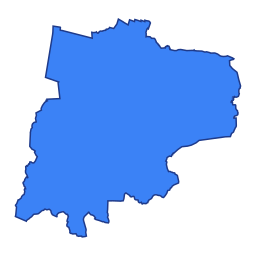 the district of Coeneo, Michoacán, Mexico
{"feature_id": "50627088B32739795926391", "entity_name": "Coeneo", "entity_type": "district", "adm_level": 2, "iso_a3": "MEX", "parent_name": "Mexico", "parent_adm1": "Michoacán", "projection": "albers", "projection_center": [-101.63, 19.787], "detail": "fine", "context": "isolated", "style": "filled", "palette": "blue", "viewbox_px": 256, "rotation_deg": 0, "n_neighbors": 0, "source": "geoboundaries", "source_scale": "gbopen_adm2", "svg_char_len": 5736}
<svg xmlns="http://www.w3.org/2000/svg" viewBox="0 0 256 256"><path d="M86.4,236.1L85.7,232.3L86.1,230.0L86.0,229.1L83.6,220.8L83.4,219.2L83.7,218.0L84.4,216.5L88.1,212.9L88.5,212.2L88.7,211.6L88.7,212.0L89.1,212.4L89.2,213.0L90.8,214.7L91.3,214.9L91.8,214.8L93.7,215.7L95.4,217.9L94.7,218.8L95.8,219.5L99.3,220.5L102.8,221.8L103.5,221.6L105.1,222.5L105.3,222.4L105.9,222.6L108.4,222.9L108.8,222.1L108.9,220.9L108.4,219.3L107.5,217.1L108.1,215.6L107.8,213.4L107.3,212.6L107.6,209.5L107.9,200.9L112.8,200.8L120.9,201.1L121.7,200.9L123.2,200.8L123.9,198.7L124.5,194.3L124.7,194.0L125.5,193.1L126.0,193.0L129.5,195.3L129.9,195.6L130.1,196.4L130.5,196.7L131.4,196.9L132.9,196.4L133.8,196.4L134.2,196.9L134.7,198.9L135.0,199.4L135.7,199.8L138.0,200.0L138.2,200.3L138.3,201.7L138.7,202.2L139.2,202.6L139.7,202.8L140.4,202.7L141.3,202.2L141.6,202.6L142.0,203.9L142.3,204.0L143.7,203.3L144.8,203.6L145.5,203.5L145.9,203.7L147.2,202.8L147.8,202.6L148.1,201.1L148.6,200.9L148.8,200.1L151.2,198.7L151.7,198.2L152.6,196.5L153.2,195.8L154.1,195.1L155.0,194.8L156.4,194.8L158.3,195.4L159.8,195.5L161.0,196.1L162.0,197.1L162.8,197.4L163.6,197.5L165.3,195.5L166.8,193.2L167.7,190.5L169.6,190.1L170.5,188.0L171.4,187.7L172.2,186.2L174.0,184.9L178.5,183.0L178.7,181.5L177.4,175.6L177.1,175.2L176.1,174.6L175.2,174.3L174.8,173.1L174.3,172.8L173.1,172.8L172.4,172.3L171.3,172.1L170.0,171.4L169.4,171.4L168.7,171.6L168.4,171.2L167.3,168.6L166.4,164.6L166.5,163.4L166.8,162.6L166.7,161.7L166.3,161.3L165.8,161.1L166.7,159.2L167.1,157.5L169.4,156.1L171.4,156.4L172.0,154.6L172.6,154.7L172.8,153.7L173.5,153.5L173.3,153.1L174.6,152.5L177.9,149.5L181.9,146.7L187.6,146.1L191.4,145.1L196.1,142.8L199.1,140.4L225.4,136.8L230.4,136.6L231.5,133.5L233.5,132.0L234.5,129.4L234.8,129.1L235.2,128.0L236.1,126.7L236.3,125.5L236.1,118.0L235.3,118.0L234.0,118.2L233.9,117.3L234.7,116.1L236.8,115.4L237.8,114.6L237.7,113.6L238.1,113.0L237.7,112.2L237.5,111.6L237.6,111.1L237.4,110.6L236.9,110.3L235.8,108.6L235.7,105.2L235.3,104.8L232.9,104.8L232.3,102.8L232.5,102.5L231.9,101.8L231.2,102.1L231.2,101.7L231.5,101.2L232.0,101.1L231.8,100.8L231.9,100.5L233.2,100.2L233.1,99.7L233.7,99.2L233.4,98.2L233.0,98.0L234.4,97.3L234.4,97.2L234.1,97.0L234.7,97.0L234.7,96.8L235.1,97.1L235.4,97.0L236.1,97.2L237.0,97.0L238.4,96.3L239.3,93.7L238.9,92.8L238.8,90.5L239.1,89.1L239.5,88.7L239.4,88.7L239.5,88.5L240.2,88.0L240.2,86.8L240.6,86.1L238.7,79.4L237.6,74.6L237.0,72.3L232.8,68.9L231.9,68.0L230.6,66.4L229.8,65.6L229.5,60.7L231.4,59.9L233.5,59.4L233.9,58.8L232.4,58.1L232.5,57.9L227.5,55.8L226.1,56.3L223.6,56.5L221.6,56.3L220.2,55.9L217.7,54.1L216.5,53.6L214.8,53.0L210.5,53.1L210.0,52.7L206.6,51.8L204.9,52.1L201.9,51.1L196.6,50.9L194.3,50.6L194.5,50.4L194.1,49.9L193.5,50.5L192.2,50.4L189.6,50.5L186.8,50.6L180.7,49.5L178.3,49.7L176.7,50.5L175.7,50.6L174.6,50.6L171.3,49.9L169.9,49.5L170.0,48.9L169.8,48.8L169.6,48.6L169.8,48.3L169.6,48.1L169.6,47.7L169.0,46.3L168.9,46.2L168.5,46.2L168.3,46.0L167.8,46.1L167.5,45.7L166.9,45.9L166.9,46.4L165.6,46.6L165.7,47.0L165.3,47.4L165.3,47.9L164.8,47.8L163.5,48.0L161.2,48.2L158.6,45.0L158.9,45.0L157.4,43.2L156.6,42.7L156.2,42.1L156.2,41.5L155.7,40.7L155.4,39.8L154.7,38.7L154.3,38.4L154.0,38.3L153.1,38.4L151.8,38.2L151.6,38.3L150.1,36.8L147.2,36.5L146.1,36.8L146.2,33.6L145.9,32.4L146.9,29.2L147.6,28.4L147.7,28.7L148.3,29.0L150.4,23.0L149.6,21.6L149.3,21.4L148.5,21.0L146.4,20.7L144.9,20.2L144.8,21.6L141.0,20.2L140.9,21.5L138.2,20.5L134.9,19.5L134.5,21.3L134.4,21.3L134.4,21.5L129.6,19.8L128.1,24.9L123.2,22.0L123.2,21.9L118.4,19.1L116.9,24.0L113.7,28.5L109.7,27.5L109.7,27.8L107.6,29.2L106.6,29.1L106.1,29.3L105.9,29.6L105.9,30.0L105.8,30.3L105.6,30.4L104.7,30.3L102.4,31.0L102.2,31.2L100.5,31.1L100.2,31.1L99.1,31.9L98.8,32.3L98.6,32.2L98.8,32.4L98.0,33.2L97.4,33.1L96.4,31.9L96.0,32.3L93.6,32.6L91.8,32.3L92.2,38.2L61.7,30.4L60.7,30.4L60.2,30.1L60.4,27.4L60.2,27.2L53.1,26.1L52.9,32.0L52.6,34.5L45.5,77.4L58.7,82.0L58.1,82.9L59.9,98.6L47.2,99.2L47.3,99.4L46.2,100.2L47.2,100.9L45.7,101.7L44.7,102.4L42.5,105.5L41.2,108.3L41.2,109.4L41.4,110.1L36.0,112.9L36.4,115.5L35.5,118.4L36.2,121.9L34.1,122.4L32.6,123.8L32.1,125.0L32.0,126.1L32.0,126.7L32.3,127.6L31.3,128.7L31.0,129.2L30.8,130.4L30.3,132.9L30.4,133.3L29.8,146.0L29.8,146.4L32.1,149.3L33.3,149.7L35.2,151.1L34.5,152.2L36.2,155.5L37.3,156.6L35.3,161.1L33.8,162.9L32.1,162.8L31.0,161.9L29.8,162.0L29.5,163.9L29.1,163.7L28.8,163.8L27.8,165.4L27.5,166.1L27.1,166.1L26.7,165.7L25.7,166.6L25.9,169.2L25.5,170.8L25.6,172.7L27.1,175.4L27.6,177.2L27.8,177.3L27.8,177.6L27.6,177.7L26.6,176.9L26.4,177.0L24.8,179.4L24.6,180.4L24.0,181.6L23.2,182.3L23.0,183.0L23.6,184.2L23.6,184.6L23.8,184.8L24.2,186.3L25.1,187.0L25.1,187.7L25.5,188.2L25.6,188.8L24.7,188.8L24.3,189.8L24.8,191.4L24.1,194.5L22.9,195.1L21.7,196.5L21.2,198.0L19.0,199.8L18.2,199.8L16.7,203.7L15.5,205.2L15.6,205.8L16.0,206.2L16.5,206.9L16.5,207.2L15.8,214.8L15.4,216.5L26.3,221.2L26.4,220.7L27.6,219.6L29.3,218.6L29.6,218.1L31.6,216.7L33.5,214.5L34.1,214.2L36.9,214.0L38.0,213.8L38.7,213.5L39.6,212.6L40.6,211.9L41.2,211.2L42.3,210.5L43.7,210.3L44.5,209.2L45.6,209.2L46.2,209.6L46.9,209.8L48.9,209.3L49.3,209.3L49.6,209.5L50.5,210.3L50.9,210.9L51.3,212.8L52.3,214.6L53.1,215.1L56.6,216.7L57.0,216.6L56.9,214.9L57.7,213.8L58.7,212.9L62.0,211.9L63.4,211.7L66.4,214.4L67.4,214.3L68.0,215.3L67.9,215.9L68.3,216.2L68.4,216.4L67.1,220.4L67.1,221.5L68.0,221.9L67.5,222.9L66.8,225.0L67.1,226.3L68.1,227.0L68.8,227.3L70.0,231.1L69.8,232.2L70.0,232.9L70.7,233.4L71.7,233.4L72.1,233.8L72.5,233.9L73.8,233.9L76.0,233.7L76.3,234.4L76.8,235.0L77.0,235.8L78.2,236.1L78.7,236.3L79.7,236.1L81.1,236.2L81.7,236.1L81.8,236.2L81.9,236.7L82.2,236.7L82.4,236.9L85.3,236.5L86.4,236.1Z" fill="#3b82f6" stroke="#1e3a8a" stroke-width="1.5"/></svg>